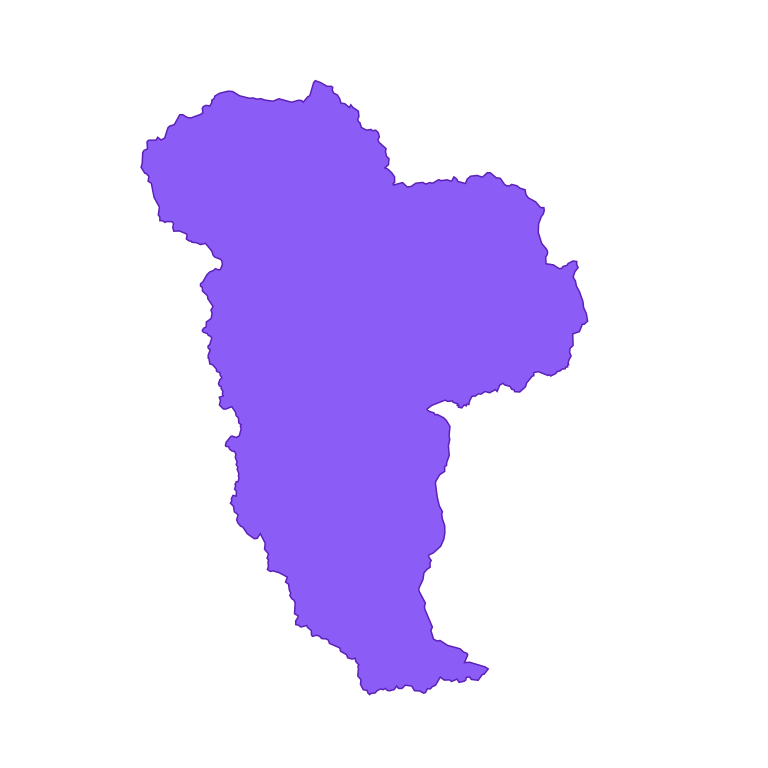 outline of Pai, Mae Hong Son, Thailand, rotated 172°
{"feature_id": "78962969B97978229640938", "entity_name": "Pai", "entity_type": "district", "adm_level": 2, "iso_a3": "THA", "parent_name": "Thailand", "parent_adm1": "Mae Hong Son", "projection": "robinson", "projection_center": [98.443, 19.365], "detail": "fine", "context": "isolated", "style": "filled", "palette": "violet", "viewbox_px": 768, "rotation_deg": 172, "n_neighbors": 0, "source": "geoboundaries", "source_scale": "gbopen_adm2", "svg_char_len": 6124}
<svg xmlns="http://www.w3.org/2000/svg" viewBox="0 0 768 768"><g transform="rotate(172 384 384)"><path d="M541.5,332.0L540.3,327.3L541.6,324.7L540.3,322.1L541.3,319.9L540.2,315.4L541.0,313.3L540.7,311.0L542.1,307.6L543.9,307.8L545.5,305.3L545.1,303.8L546.6,300.6L545.1,298.5L545.9,293.6L549.0,294.7L551.2,291.5L550.9,289.7L552.7,287.3L550.1,283.9L550.0,278.3L546.7,274.9L548.8,269.9L548.0,266.7L545.9,263.3L543.7,261.9L540.2,254.7L533.9,248.8L531.0,248.8L527.3,253.0L523.8,242.8L525.3,237.0L522.0,231.8L524.1,227.7L522.7,225.8L523.7,223.8L523.9,219.2L525.3,216.6L522.7,214.2L519.9,214.4L513.9,211.6L506.6,206.2L509.1,201.6L506.4,199.1L506.4,192.7L505.4,190.0L506.7,187.8L505.3,184.3L503.1,182.3L502.5,179.2L504.6,168.9L501.4,166.5L501.6,165.0L504.4,161.7L504.9,158.0L502.2,157.0L500.2,154.9L494.1,155.6L493.7,153.7L490.3,150.0L490.7,145.6L490.0,144.1L485.8,144.6L483.0,143.3L481.2,140.6L476.4,139.5L474.7,138.0L474.1,134.7L464.5,128.8L464.2,125.4L458.7,121.1L458.1,117.9L453.8,116.0L450.7,116.5L450.6,113.2L448.0,109.2L449.2,107.9L449.0,105.5L450.6,98.5L448.0,94.4L449.1,89.9L447.1,84.2L443.4,82.9L443.0,80.4L441.5,78.4L439.6,79.4L435.7,79.3L433.6,81.2L429.9,82.5L427.1,81.4L425.2,82.4L423.2,80.0L421.1,79.4L416.4,80.0L413.6,83.1L412.0,80.5L408.7,80.0L404.7,82.8L398.6,81.0L396.5,76.1L391.3,75.0L387.7,72.3L386.0,72.6L383.3,76.2L380.5,75.6L378.3,77.6L374.9,78.5L369.1,85.9L365.6,82.4L360.3,81.9L358.5,80.0L352.8,81.6L351.2,78.1L345.9,78.5L344.3,79.4L343.3,82.0L340.0,82.0L338.7,79.3L332.0,77.5L327.0,82.7L325.2,82.7L320.4,87.3L323.3,89.8L337.8,96.5L343.1,96.9L338.8,104.0L339.2,105.6L342.5,107.5L345.5,111.2L357.4,116.3L364.2,122.2L367.1,122.1L370.4,124.4L371.9,133.4L369.9,136.5L374.9,155.3L374.9,157.9L373.5,161.3L378.2,174.2L377.8,177.1L372.7,184.8L370.7,191.4L367.4,194.4L363.8,196.1L363.4,200.4L361.8,202.8L363.8,206.5L363.6,208.3L358.6,209.9L350.5,215.4L346.4,221.9L344.5,227.9L343.6,235.2L345.0,242.5L344.9,247.3L343.9,249.4L346.2,255.6L347.0,264.3L346.9,278.3L346.4,280.2L341.5,286.4L336.0,289.1L335.5,293.7L333.4,294.6L332.9,297.4L329.3,304.2L328.9,313.6L326.6,319.9L326.8,323.5L324.6,332.7L327.4,339.4L329.7,342.3L335.5,346.4L337.7,346.4L338.6,348.5L342.7,350.4L344.7,352.1L344.8,353.3L339.6,356.2L325.9,359.5L323.3,357.9L318.6,357.7L318.1,356.2L313.8,354.2L314.4,352.7L312.9,352.5L313.6,350.8L310.4,349.5L307.5,352.1L305.7,350.9L304.8,352.5L302.8,351.9L301.5,355.5L298.5,359.6L295.2,359.3L292.2,361.1L289.3,360.5L285.0,362.5L280.6,360.6L274.4,362.9L273.0,360.9L269.6,366.7L266.1,368.2L264.7,366.3L259.5,364.1L258.4,361.1L256.1,360.2L255.6,358.2L250.7,357.2L244.2,361.6L242.7,365.1L236.0,371.2L234.5,371.4L234.3,373.9L233.1,374.6L229.4,374.7L220.6,369.7L219.0,370.1L217.8,368.7L212.8,370.3L210.3,372.4L208.0,372.4L205.3,374.1L202.6,373.8L201.7,375.4L199.8,375.4L199.3,377.3L198.4,377.6L198.8,379.1L197.3,382.4L194.8,385.8L195.8,389.5L194.8,393.4L191.4,395.8L190.1,407.4L183.2,408.7L179.2,415.6L177.4,415.3L173.6,418.0L173.8,425.5L175.7,432.1L175.5,437.9L177.6,448.3L179.8,454.1L180.1,459.3L181.8,463.6L179.3,468.7L175.6,472.2L176.5,475.8L176.1,478.5L179.7,479.5L184.9,477.7L186.4,476.0L190.4,475.5L191.8,473.8L194.4,473.8L199.9,478.5L206.8,480.5L206.2,487.2L204.3,489.5L203.6,491.9L204.2,494.6L208.3,501.3L210.1,512.6L208.6,521.1L204.9,527.9L202.6,530.2L201.1,533.7L201.2,536.4L204.4,536.9L208.5,543.3L215.0,548.1L217.1,551.8L217.2,556.7L222.1,559.0L224.9,561.9L229.9,563.9L232.2,562.7L234.8,563.1L236.9,564.9L240.2,571.5L244.3,572.7L249.3,578.4L252.3,578.9L257.7,575.1L262.9,577.6L269.4,577.7L273.2,575.2L275.4,571.2L282.7,574.3L283.4,576.8L285.9,579.4L288.3,576.0L289.6,575.6L293.0,577.4L299.1,577.4L301.4,578.7L308.2,576.0L310.4,577.1L314.8,576.2L317.6,578.2L324.6,578.4L329.7,575.8L333.6,575.9L337.6,580.9L346.8,579.7L347.1,581.0L345.4,582.2L344.7,587.6L347.0,592.2L350.6,596.5L353.1,597.9L349.1,600.5L347.7,606.4L349.8,609.1L350.2,613.9L349.2,616.8L355.3,624.0L356.1,626.8L354.2,629.3L354.7,633.7L356.9,636.5L360.2,636.4L361.4,637.9L366.0,637.8L370.7,641.2L371.5,646.2L372.8,647.5L373.2,650.0L371.6,652.3L371.4,657.8L376.4,662.3L378.0,665.1L379.8,662.6L383.9,667.1L387.6,668.2L388.1,672.5L390.0,676.8L393.4,679.1L394.3,682.2L393.5,684.9L394.6,686.1L398.9,686.7L404.8,691.3L409.9,694.0L411.8,692.1L417.4,679.7L419.5,679.1L424.8,674.3L426.0,676.1L428.9,676.9L436.3,675.9L448.4,681.1L454.5,679.5L462.6,681.8L466.2,683.7L470.4,683.8L473.8,685.5L477.5,685.7L486.9,689.5L493.1,694.7L497.4,695.7L506.4,694.8L511.4,692.7L512.5,690.3L515.0,689.1L515.4,686.6L517.8,683.5L521.4,684.7L524.3,683.9L525.6,682.2L525.6,677.9L528.1,676.5L538.5,674.3L542.0,675.5L545.8,678.7L548.8,679.1L555.5,670.1L560.6,669.1L562.3,667.8L566.9,658.2L570.7,656.6L573.8,659.8L575.8,657.2L583.2,658.2L585.0,656.7L585.5,649.8L589.3,648.6L590.8,646.5L592.7,636.3L594.4,632.4L591.5,626.0L590.2,625.5L587.9,622.3L589.4,617.7L586.5,615.2L585.7,600.7L581.8,590.4L584.0,582.8L582.8,580.6L583.2,576.9L580.7,576.5L578.4,574.5L576.3,575.1L570.9,574.1L570.2,571.9L571.4,568.3L570.9,564.6L565.3,564.0L558.7,560.1L558.3,558.4L559.6,555.2L557.1,552.8L555.0,552.3L554.5,551.1L550.0,550.0L546.3,547.6L541.2,548.1L536.1,539.7L535.3,535.3L534.0,533.3L528.4,530.1L527.5,528.5L527.4,525.0L530.0,520.2L532.0,520.1L534.9,521.7L537.2,520.1L541.0,519.2L544.1,516.9L549.2,510.3L551.8,508.7L552.1,506.5L550.5,504.9L550.8,501.2L546.5,496.0L546.6,493.1L542.5,484.5L545.1,481.3L544.4,478.1L546.0,473.0L551.3,470.1L552.2,465.2L555.0,464.3L556.6,462.1L555.6,460.4L551.9,458.5L551.2,456.5L549.2,455.5L548.2,453.4L551.1,447.3L552.9,446.2L553.2,444.2L551.4,441.8L554.1,437.0L554.5,434.1L553.8,433.7L553.7,428.1L551.1,427.0L547.7,421.8L548.2,420.6L547.6,419.5L545.1,418.3L544.9,414.9L543.9,413.8L544.0,412.4L546.0,411.1L547.9,407.1L547.3,405.1L545.5,404.1L546.0,402.2L544.6,399.4L545.4,396.7L544.8,394.6L549.0,393.8L548.2,390.5L549.9,386.1L546.6,381.6L544.0,381.2L537.9,382.7L535.0,376.8L534.8,373.2L532.9,370.7L533.2,365.7L531.1,363.4L532.1,362.1L531.7,359.5L534.5,352.9L537.7,351.6L541.7,353.6L543.0,353.4L548.4,348.3L549.6,345.3L549.2,344.2L546.5,343.5L546.1,341.2L544.2,339.0L541.2,337.8L540.5,335.0L541.5,332.0Z" fill="#8b5cf6" stroke="#5b21b6" stroke-width="1.5"/></g></svg>